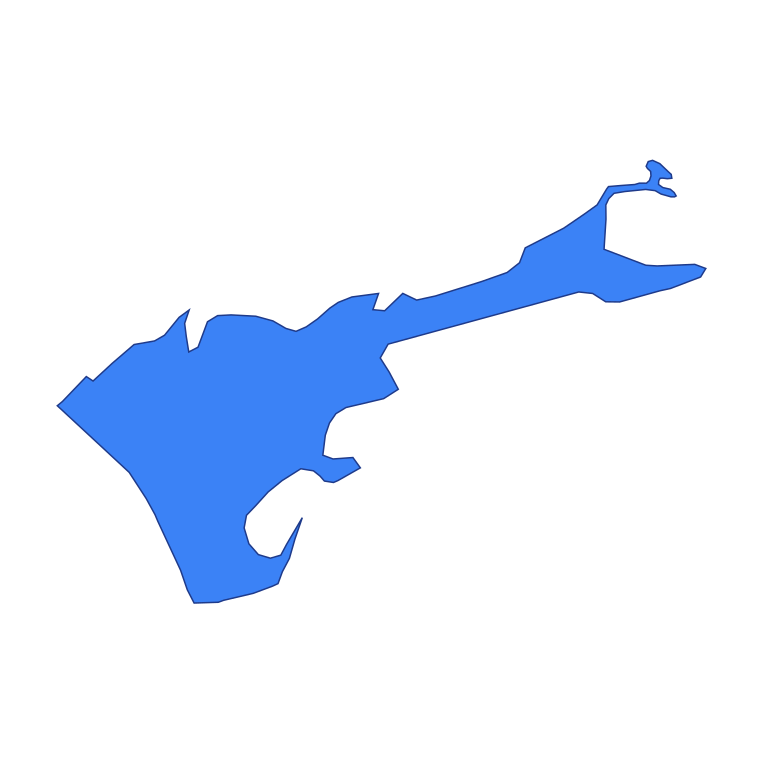 Meketii, Koror, Palau (Mercator projection), rotated 87°
{"feature_id": "81905179B7875466527963", "entity_name": "Meketii", "entity_type": "district", "adm_level": 2, "iso_a3": "PLW", "parent_name": "Palau", "parent_adm1": "Koror", "projection": "mercator", "projection_center": [134.481, 7.348], "detail": "fine", "context": "isolated", "style": "filled", "palette": "blue", "viewbox_px": 768, "rotation_deg": 87, "n_neighbors": 0, "source": "geoboundaries", "source_scale": "gbopen_adm2", "svg_char_len": 1770}
<svg xmlns="http://www.w3.org/2000/svg" viewBox="0 0 768 768"><g transform="rotate(87 384 384)"><path d="M513.2,472.6L538.9,489.6L549.5,496.0L552.0,506.6L547.8,518.4L536.5,527.3L520.4,531.2L507.9,528.2L498.7,518.4L485.7,505.3L475.1,490.8L464.3,471.5L467.0,459.0L472.5,452.8L477.8,448.6L479.7,439.6L478.1,435.2L466.5,412.0L455.8,418.9L456.2,438.8L451.9,448.8L432.1,445.3L420.1,440.5L411.1,433.6L405.5,423.2L398.6,385.1L390.0,370.0L372.4,378.2L357.8,386.4L344.4,377.8L302.3,184.7L304.5,170.9L313.5,158.3L314.4,144.4L305.3,103.3L303.6,92.9L293.7,62.2L285.5,56.6L280.8,67.4L280.4,105.1L279.1,116.3L271.8,132.8L261.0,157.2L231.0,153.7L216.8,153.1L210.6,149.8L205.6,144.3L204.4,133.4L203.4,112.5L205.1,103.1L208.8,97.4L212.1,87.7L212.3,84.0L211.5,82.4L208.0,84.2L204.5,87.9L202.4,95.3L199.1,99.4L195.4,99.0L193.0,97.5L193.0,94.9L193.8,90.3L193.6,85.8L189.7,86.2L187.2,88.7L178.4,97.0L174.7,104.1L175.7,108.5L180.3,110.8L182.6,109.6L185.7,106.6L190.2,106.5L194.7,108.3L197.2,111.4L196.8,118.5L197.9,123.1L198.2,137.4L198.6,149.5L201.0,151.5L216.3,161.8L224.9,175.2L237.8,196.4L255.4,235.8L270.0,242.3L279.1,255.2L286.8,281.2L298.8,328.0L301.9,347.0L294.5,360.5L310.9,379.5L309.2,391.2L293.3,384.7L295.4,411.5L300.1,425.4L305.3,434.0L315.6,447.0L322.9,458.7L326.8,469.1L323.4,479.0L315.2,491.6L309.6,508.5L307.0,533.1L307.0,546.6L312.6,557.0L337.5,567.8L341.8,577.3L325.9,579.0L313.0,579.9L299.9,574.7L306.7,585.1L323.8,600.6L329.0,610.9L331.5,631.5L349.1,654.3L365.8,674.4L361.0,680.9L384.6,706.0L388.6,711.4L442.2,659.3L458.9,643.1L485.9,627.5L502.5,619.5L509.4,617.0L559.3,596.9L579.2,591.2L592.8,585.1L593.3,560.9L591.6,555.4L586.2,525.5L580.0,505.8L577.8,500.3L566.1,495.3L553.2,487.6L534.3,481.1L513.2,472.6Z" fill="#3b82f6" stroke="#1e3a8a" stroke-width="1.5"/></g></svg>